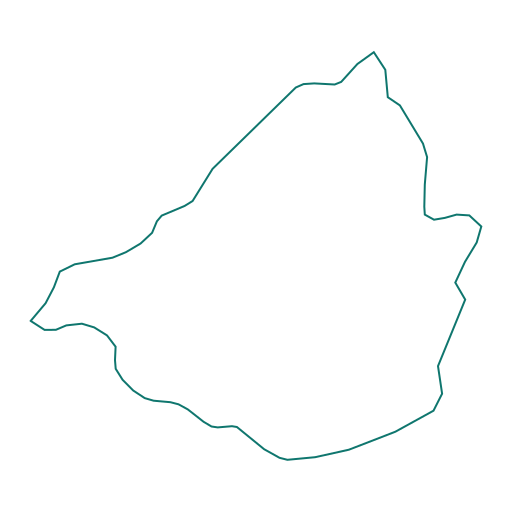 an SVG outline of Cavite
{"feature_id": "PHL-2563", "entity_name": "Cavite", "entity_type": "Province", "adm_level": 1, "iso_a3": "PHL", "parent_name": "Philippines", "parent_adm1": "", "projection": "orthographic", "projection_center": [120.835, 14.286], "detail": "fine", "context": "isolated", "style": "outline", "palette": "teal", "viewbox_px": 512, "rotation_deg": 0, "n_neighbors": 0, "source": "natural_earth", "source_scale": "10m", "svg_char_len": 958}
<svg xmlns="http://www.w3.org/2000/svg" viewBox="0 0 512 512"><path d="M30.7,320.9L45.6,303.2L53.9,287.3L59.8,271.6L74.7,264.3L112.5,257.7L125.9,252.2L140.6,243.5L152.1,232.8L156.9,221.3L161.7,215.6L184.7,205.9L192.6,201.0L212.6,168.8L295.8,87.5L303.5,84.1L314.2,83.4L334.7,84.5L341.2,81.9L357.4,64.0L373.8,52.2L385.3,69.8L387.8,97.2L399.9,105.4L423.0,143.6L424.2,147.6L427.1,157.1L424.8,184.5L424.3,206.7L424.8,214.6L434.0,219.7L444.8,217.9L456.6,214.6L469.3,215.4L481.3,226.5L476.7,242.5L465.0,261.8L455.3,282.6L465.2,299.6L438.0,366.1L442.1,393.7L433.5,410.7L395.4,431.7L348.9,449.7L315.1,457.2L287.4,459.8L279.5,457.8L264.1,449.2L236.9,427.0L232.0,426.2L217.7,427.4L211.5,426.5L203.6,421.8L187.8,409.4L178.5,404.3L170.4,402.2L153.6,400.7L144.7,398.1L133.2,390.5L122.6,379.8L115.7,368.8L115.0,360.1L115.6,346.7L107.0,335.4L94.2,327.4L81.9,323.7L66.3,325.4L55.9,329.8L44.6,329.9L30.8,321.0L30.7,320.9Z" fill="none" stroke="#0f766e" stroke-width="2"/></svg>